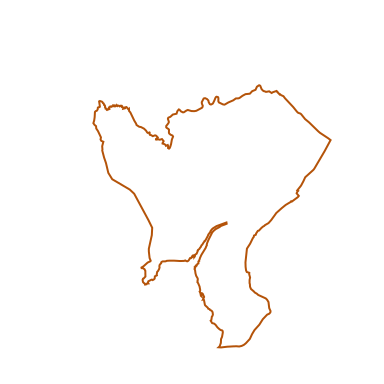 the district of Kota Gorontalo, Gorontalo, Indonesia, rotated 26°
{"feature_id": "22746128B66202348563483", "entity_name": "Kota Gorontalo", "entity_type": "district", "adm_level": 2, "iso_a3": "IDN", "parent_name": "Indonesia", "parent_adm1": "Gorontalo", "projection": "albers", "projection_center": [123.046, 0.534], "detail": "fine", "context": "isolated", "style": "outline", "palette": "amber", "viewbox_px": 384, "rotation_deg": 26, "n_neighbors": 0, "source": "geoboundaries", "source_scale": "gbopen_adm2", "svg_char_len": 6000}
<svg xmlns="http://www.w3.org/2000/svg" viewBox="0 0 384 384"><g transform="rotate(26 192 192)"><path d="M223.7,64.1L220.9,66.9L220.2,68.1L217.2,67.7L214.9,69.4L214.1,69.7L213.2,69.6L212.2,69.9L211.1,69.7L209.4,69.0L206.9,66.7L206.0,66.5L205.4,66.8L204.2,68.9L204.3,72.3L201.9,75.0L200.9,78.3L197.2,80.6L195.2,83.4L193.5,86.6L192.8,87.4L190.4,88.7L188.9,91.5L185.4,95.6L183.2,98.9L182.8,99.3L181.4,99.7L176.9,99.7L175.9,98.9L174.7,96.3L174.1,95.5L173.6,95.3L172.3,95.6L171.9,96.2L171.8,97.3L172.0,99.7L172.0,102.9L171.9,103.5L171.0,104.8L170.3,105.2L169.5,105.2L167.7,104.0L166.6,102.6L164.8,101.9L162.8,101.9L161.9,102.4L161.5,102.9L161.4,107.0L162.2,108.3L163.9,109.8L164.2,111.1L164.0,112.0L160.3,117.1L158.7,118.3L156.0,119.5L152.3,120.1L151.3,121.2L149.8,123.8L149.0,124.4L146.8,124.4L144.6,123.5L143.9,123.6L143.4,125.8L143.8,128.4L140.8,130.8L139.6,133.9L138.2,135.5L138.1,136.3L138.4,137.0L140.3,138.9L140.6,139.5L140.6,140.7L139.9,144.0L140.5,145.2L141.4,145.5L143.3,145.7L144.0,146.1L145.2,148.7L145.8,149.4L147.7,149.9L149.7,149.8L150.7,150.5L150.9,153.6L152.2,158.2L152.6,160.7L152.7,162.1L152.3,163.1L151.2,163.0L150.4,161.1L149.6,160.4L148.4,161.9L147.9,161.4L147.1,161.2L145.5,161.1L144.3,161.4L144.1,161.1L144.2,158.7L141.8,157.6L140.2,159.1L138.5,159.5L137.1,160.5L136.6,160.6L136.4,160.1L137.4,158.4L137.4,158.0L135.4,157.2L134.6,157.1L133.8,157.4L132.3,159.0L130.4,158.8L129.2,159.1L128.6,158.7L128.0,157.3L127.7,157.1L126.8,158.0L126.2,158.3L125.4,158.0L123.8,157.0L121.1,156.1L117.6,156.0L116.0,156.5L112.8,156.1L111.7,155.0L108.9,153.2L101.7,147.5L100.0,146.8L98.9,144.9L98.6,145.6L95.9,144.4L94.8,145.2L95.1,146.1L93.7,147.3L93.5,146.2L92.7,146.3L92.2,146.0L91.7,146.4L91.3,146.1L91.3,145.4L91.0,145.3L90.5,146.0L89.8,145.9L89.4,146.7L88.9,146.5L87.7,146.7L87.4,147.5L86.9,147.5L86.7,147.2L86.2,147.7L85.9,147.4L85.7,148.5L85.2,148.8L84.8,148.5L84.7,149.0L84.4,149.1L84.1,148.4L83.2,148.6L83.5,149.4L82.6,150.0L82.4,150.6L81.7,150.5L81.5,150.9L80.9,151.2L80.9,151.9L80.4,152.2L80.4,152.9L80.9,153.1L81.4,153.6L80.8,154.3L80.0,154.6L80.0,154.9L79.7,154.8L79.4,154.9L79.2,155.4L78.2,154.8L77.7,154.9L77.4,154.3L76.6,153.9L76.4,153.2L75.8,152.5L75.3,152.2L74.8,152.3L73.9,151.2L73.1,151.2L72.4,150.6L71.4,150.3L69.3,150.6L68.8,151.3L71.7,155.5L71.7,156.2L70.7,156.9L70.4,157.4L71.0,159.1L70.9,160.5L70.0,161.6L69.7,162.4L69.8,162.9L71.7,167.4L72.7,170.5L73.2,173.4L75.0,174.4L76.9,174.9L78.1,176.9L80.7,178.4L86.2,182.8L86.8,184.9L88.1,185.8L90.3,185.7L91.2,190.2L92.9,193.1L93.1,194.0L97.9,199.6L102.0,203.7L108.4,211.5L114.7,215.5L135.0,217.1L140.8,218.9L165.2,236.4L171.9,241.6L174.8,248.4L178.1,262.0L179.3,264.4L182.8,269.9L185.0,271.9L185.0,272.5L183.1,274.8L180.9,280.2L179.7,282.0L180.1,282.5L181.3,282.0L183.1,282.2L184.7,283.4L185.4,285.1L185.1,285.2L185.5,285.1L187.2,288.4L186.4,291.1L186.0,291.4L186.1,292.6L187.4,294.4L188.6,294.9L189.6,295.0L190.4,295.8L191.5,294.9L191.4,294.5L191.6,294.1L192.9,293.3L192.0,292.6L191.9,291.4L194.0,288.6L194.6,288.3L195.3,288.4L196.2,287.0L196.4,286.2L195.6,284.1L197.0,282.3L196.4,281.6L195.7,278.9L196.1,277.9L196.2,275.6L195.9,274.0L195.3,273.2L194.9,272.0L195.0,271.0L195.5,269.5L195.2,268.8L195.3,268.2L196.1,267.2L198.7,265.9L199.4,265.0L200.9,264.1L205.7,261.7L211.7,259.2L215.1,257.4L215.9,256.5L217.0,256.6L218.1,256.4L218.8,255.5L219.0,254.9L219.2,252.3L219.8,252.0L219.6,252.3L219.9,252.1L220.5,251.5L220.2,251.7L220.0,251.4L220.3,250.7L220.7,250.5L220.3,250.5L220.3,250.1L220.4,249.1L220.8,248.4L221.8,248.0L221.8,248.9L220.9,249.9L221.9,248.9L221.9,248.0L222.3,247.9L222.7,249.1L222.8,248.7L222.2,247.4L223.1,246.8L222.1,247.3L223.2,245.4L223.0,242.0L222.8,242.0L222.8,241.5L223.6,239.9L223.7,238.3L224.0,237.7L223.9,235.8L224.3,234.9L224.6,232.0L225.1,230.4L224.9,230.3L225.3,229.4L225.5,224.3L225.3,223.0L225.6,222.0L225.8,220.3L226.1,219.9L225.8,218.9L226.2,216.9L226.8,215.4L229.0,211.9L236.3,204.3L237.1,205.4L232.9,209.8L232.1,211.5L229.6,214.9L228.6,217.1L227.9,219.4L227.8,227.7L228.0,231.2L228.3,232.8L228.7,233.4L228.6,234.9L228.8,236.1L228.0,244.4L228.1,247.8L228.4,249.5L228.4,250.7L228.6,250.9L228.1,251.4L227.9,251.0L229.1,253.4L228.4,254.4L228.4,256.5L228.0,257.1L228.1,256.5L227.8,256.4L227.6,257.2L228.0,257.3L228.0,257.7L227.4,258.4L228.1,259.1L228.0,260.1L229.0,260.9L230.8,263.6L232.5,265.5L235.0,267.2L235.6,268.2L235.7,269.0L236.1,269.4L236.3,270.6L237.4,271.2L240.2,273.6L242.4,276.6L242.7,277.6L242.5,278.1L243.9,279.3L245.5,281.4L246.2,281.6L244.4,279.4L245.1,278.6L245.6,278.7L246.3,279.5L246.6,279.1L248.9,281.0L249.0,283.8L249.3,283.5L250.1,283.8L253.0,287.7L253.5,288.1L256.9,289.1L257.8,289.8L259.1,289.6L259.9,290.1L261.4,290.1L262.3,290.4L263.2,291.0L264.5,293.0L264.7,294.3L264.5,295.4L265.5,298.6L265.2,299.5L267.6,301.0L269.5,300.6L271.3,301.0L274.2,302.5L276.5,303.2L278.2,303.5L279.8,303.2L280.6,303.6L281.3,304.8L282.5,309.0L282.6,311.5L284.1,315.0L284.5,318.6L284.0,319.9L286.2,319.0L291.5,315.6L297.4,312.3L299.7,311.1L302.1,310.2L304.1,308.6L305.6,306.7L306.7,304.4L308.4,298.7L308.3,293.4L308.7,288.7L310.7,281.7L311.4,275.3L313.3,269.3L314.8,267.5L315.2,265.9L314.8,264.6L312.3,262.5L309.0,257.4L306.7,255.9L304.9,255.3L296.6,255.5L295.0,255.0L292.4,254.8L291.3,254.3L287.5,253.3L285.7,251.7L284.4,249.4L283.7,248.7L282.3,245.8L281.7,243.4L279.5,240.9L278.9,239.5L276.3,239.9L274.9,238.7L273.0,235.8L270.9,231.8L266.2,218.8L266.9,213.1L266.9,206.8L267.2,205.3L266.8,204.0L268.1,202.4L267.8,201.3L268.2,198.1L269.1,197.3L270.1,194.0L270.9,192.1L271.8,190.8L272.1,189.8L274.4,186.4L275.5,182.5L277.0,173.8L279.8,167.0L281.9,162.5L284.9,157.9L285.2,156.8L285.9,156.9L289.4,150.1L289.7,148.7L286.6,147.3L286.5,146.0L286.9,144.5L285.9,144.4L287.2,138.5L287.4,133.7L287.3,129.1L291.4,118.9L291.7,117.5L293.3,97.1L293.8,84.6L290.9,84.0L281.0,82.7L278.8,82.1L266.7,78.1L261.7,76.9L256.0,74.2L255.0,74.0L252.7,74.3L251.1,73.8L245.8,71.3L234.5,67.0L232.2,65.8L229.7,65.9L228.1,65.5L228.0,65.9L224.9,64.8L225.0,64.6L223.7,64.1Z" fill="none" stroke="#b45309" stroke-width="2"/></g></svg>